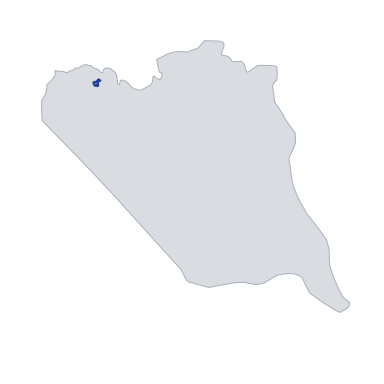 Darayya, Rif Dimashq, Syria shown in context, rotated 79°
{"feature_id": "27442178B13792068888358", "entity_name": "Darayya", "entity_type": "district", "adm_level": 2, "iso_a3": "SYR", "parent_name": "Syria", "parent_adm1": "Rif Dimashq", "projection": "robinson", "projection_center": [36.249, 33.454], "detail": "fine", "context": "in_parent", "style": "filled", "palette": "blue", "viewbox_px": 384, "rotation_deg": 79, "n_neighbors": 0, "source": "geoboundaries", "source_scale": "gbopen_adm2", "svg_char_len": 3176}
<svg xmlns="http://www.w3.org/2000/svg" viewBox="0 0 384 384"><g transform="rotate(79 192 192)"><path d="M51.6,132.4L54.9,132.7L62.0,136.9L63.2,136.8L65.4,131.3L67.4,129.4L71.8,127.7L73.1,118.7L75.1,117.0L77.6,116.1L81.4,115.9L84.7,115.4L84.9,113.8L80.3,103.4L80.7,100.8L82.9,90.4L84.3,86.3L85.6,84.9L90.9,85.5L98.2,87.3L100.1,90.3L103.7,93.0L109.1,92.8L115.3,93.3L120.2,93.5L124.0,91.6L132.7,88.1L137.1,86.9L141.0,85.4L153.6,79.6L158.7,80.1L162.1,80.8L164.8,81.8L170.8,85.7L175.7,89.6L179.2,90.8L185.4,90.7L194.4,91.5L205.4,91.4L211.8,90.3L220.0,88.4L234.6,83.7L253.7,73.9L264.9,69.1L269.8,68.6L276.1,68.5L282.5,69.8L289.7,70.7L293.0,70.6L300.8,69.6L310.9,67.6L317.2,66.0L324.8,63.3L329.5,58.9L331.0,58.5L333.0,59.3L333.9,59.6L336.0,62.1L338.1,68.6L338.2,69.3L337.8,71.1L332.9,76.5L326.3,83.7L321.5,88.3L313.4,95.9L307.3,97.6L297.0,100.4L294.3,103.1L291.8,107.4L290.4,113.3L290.0,117.0L289.9,124.0L292.4,131.2L294.9,138.1L295.3,142.7L295.1,147.2L293.0,152.0L290.6,158.6L289.3,166.0L288.8,180.0L289.0,191.9L288.8,193.9L284.7,202.3L279.8,212.1L277.5,214.4L266.5,217.3L254.6,224.5L241.3,232.6L229.2,239.9L216.4,247.6L203.2,255.6L193.7,261.3L181.0,268.9L169.5,276.2L157.8,283.5L148.9,289.1L135.3,298.0L127.4,303.2L115.7,310.8L105.4,317.6L93.2,325.5L77.8,323.2L73.0,321.8L69.0,318.0L66.1,316.0L58.9,313.9L54.3,306.8L51.5,304.2L46.6,303.1L48.7,298.5L49.1,295.5L51.2,291.9L49.9,289.4L49.3,284.3L48.3,283.1L48.0,281.7L48.7,280.1L48.4,278.4L47.6,277.7L47.2,275.1L46.6,273.2L46.9,270.9L48.0,269.4L49.1,266.5L50.4,265.7L52.4,263.9L53.0,262.0L54.8,260.2L57.3,258.7L57.8,257.4L57.5,256.8L55.0,255.4L53.7,253.0L54.8,249.5L55.6,248.4L57.1,246.8L60.4,244.2L63.0,243.8L65.2,243.8L69.0,244.0L71.9,244.4L72.7,243.8L72.6,242.9L68.9,240.8L68.7,239.2L69.6,237.4L72.2,234.6L75.3,232.5L76.8,232.1L80.3,227.9L82.5,223.3L78.9,211.9L76.7,210.1L73.2,208.6L71.1,208.3L70.9,207.6L73.7,204.7L75.7,202.2L73.5,199.8L69.6,198.7L68.1,201.2L63.1,201.4L55.2,201.4L51.8,189.4L51.3,184.2L51.4,178.2L53.8,169.5L52.7,165.4L52.6,162.7L52.0,158.9L45.8,150.8L49.2,136.0L51.6,132.4Z" fill="#d9dde1" stroke="#a8b0b8" stroke-width="1"/><path d="M65.1,260.6L64.5,260.9L64.7,261.2L64.3,261.5L64.1,261.6L63.8,261.8L63.5,262.0L63.4,262.2L63.4,262.4L63.5,262.7L63.6,263.0L63.9,263.1L64.2,263.3L64.6,263.7L64.6,264.0L64.7,264.3L65.0,264.5L65.1,264.8L65.2,265.0L65.5,265.2L65.8,265.4L65.7,265.5L65.3,265.9L65.1,266.1L65.0,266.4L65.1,266.7L65.3,267.1L65.6,267.4L65.7,267.7L65.5,267.9L66.2,268.3L67.0,268.1L66.9,268.0L66.9,267.8L67.0,267.7L67.7,267.5L67.9,267.5L68.7,267.6L68.9,267.6L69.4,267.3L69.5,267.0L69.5,266.5L69.4,266.3L69.1,266.2L68.9,265.9L68.5,265.3L68.6,265.0L69.2,265.1L69.4,265.2L69.5,265.2L69.9,265.0L70.1,265.0L70.2,264.7L70.3,264.4L70.2,264.1L70.1,263.9L69.9,263.9L69.7,263.8L69.7,263.7L69.7,263.8L69.6,264.0L69.4,264.1L69.2,264.2L68.9,264.1L68.8,263.9L68.7,263.9L68.8,263.6L68.9,263.4L68.7,263.4L68.6,263.5L68.4,263.7L68.2,263.7L67.4,263.3L67.3,263.2L67.2,263.1L67.0,263.3L66.9,263.3L66.7,263.4L66.6,263.5L66.4,263.5L66.2,263.7L65.9,263.6L65.7,263.6L65.5,263.4L65.6,263.2L65.6,262.9L65.7,261.4L65.6,261.2L65.2,261.2L65.2,260.9L65.1,260.7L65.1,260.6Z" fill="#3b82f6" stroke="#1e3a8a" stroke-width="1.5"/></g></svg>